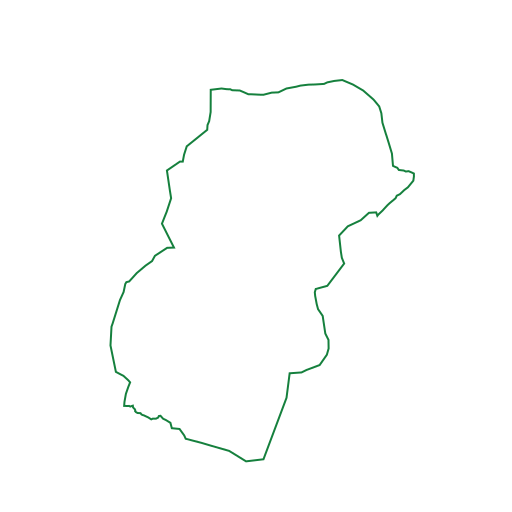 outline of Vandeikya, Benue, Nigeria, rotated 203°
{"feature_id": "59680162B81014786719276", "entity_name": "Vandeikya", "entity_type": "district", "adm_level": 2, "iso_a3": "NGA", "parent_name": "Nigeria", "parent_adm1": "Benue", "projection": "natural_earth1", "projection_center": [9.083, 6.807], "detail": "fine", "context": "isolated", "style": "outline", "palette": "green", "viewbox_px": 512, "rotation_deg": 203, "n_neighbors": 0, "source": "geoboundaries", "source_scale": "gbopen_adm2", "svg_char_len": 2074}
<svg xmlns="http://www.w3.org/2000/svg" viewBox="0 0 512 512"><g transform="rotate(203 256 256)"><path d="M339.7,94.6L334.1,94.1L331.2,93.9L325.0,91.7L322.5,90.5L322.4,85.6L321.9,78.3L320.1,70.4L318.8,66.5L316.7,67.3L315.0,68.0L314.3,68.4L313.3,68.3L312.9,68.3L311.5,69.6L310.9,70.1L310.1,68.7L308.8,68.0L308.0,67.8L306.8,66.8L306.7,66.0L305.5,65.4L303.7,65.2L300.9,66.2L299.5,65.4L298.3,65.3L297.1,65.5L294.9,65.4L292.1,65.3L288.6,64.7L287.4,66.0L284.5,67.2L282.9,69.1L282.9,70.7L281.5,71.6L277.9,69.9L275.0,69.8L269.6,69.0L266.2,64.6L258.8,66.9L252.0,62.8L249.3,60.3L233.1,62.7L222.5,63.9L204.6,66.1L184.9,63.1L169.7,71.8L172.5,137.4L179.2,161.2L168.6,166.6L164.9,170.9L154.8,180.5L152.2,192.8L153.0,199.2L156.5,207.1L161.9,211.7L171.2,226.9L178.1,231.3L181.3,235.4L185.9,242.3L187.7,245.6L188.1,249.0L178.7,256.4L171.9,283.5L176.3,287.9L179.6,293.2L187.5,307.3L183.1,319.2L173.6,329.8L168.9,339.9L162.4,343.1L160.0,340.4L159.6,341.9L157.2,347.4L156.5,349.5L154.8,354.2L153.6,356.9L150.1,363.7L150.0,366.5L147.7,369.1L146.5,371.8L145.3,374.6L143.0,378.6L141.8,382.7L140.6,386.8L141.7,390.9L142.9,393.6L145.2,393.7L148.7,393.7L151.1,392.3L153.4,392.4L158.1,391.0L160.4,392.4L162.8,392.4L163.2,392.4L165.1,392.5L165.6,393.4L170.9,403.4L177.8,411.7L183.3,418.2L183.8,418.7L184.8,419.9L191.7,428.1L196.4,436.4L201.0,441.8L207.9,445.4L209.2,446.0L222.0,450.2L233.7,451.7L234.7,451.7L245.3,451.7L252.4,447.7L258.2,443.7L260.6,441.0L268.8,436.9L274.7,434.2L281.7,430.2L285.2,427.5L293.4,422.1L299.3,415.4L305.4,412.5L308.4,410.2L312.2,407.3L315.7,405.9L322.8,403.3L326.3,401.9L331.0,402.0L335.6,402.0L342.7,399.3L345.0,399.4L346.3,398.8L348.5,398.0L353.2,396.7L362.6,391.3L354.0,370.8L351.8,361.8L351.8,357.6L350.2,353.1L362.6,329.9L361.8,321.2L360.3,314.3L362.9,313.2L371.4,299.9L360.9,282.7L356.7,276.0L355.5,261.8L355.4,256.7L355.2,249.0L334.8,231.7L341.0,228.8L349.1,216.7L349.7,210.7L353.9,204.0L359.1,193.7L362.8,183.0L365.1,181.3L365.4,179.2L363.8,171.1L364.0,162.3L361.6,137.8L361.4,134.5L355.0,116.8L339.7,94.6Z" fill="none" stroke="#15803d" stroke-width="2"/></g></svg>